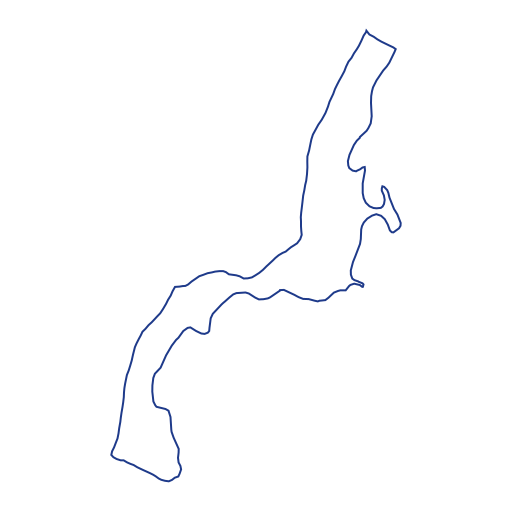 VI-6 Upper Canje/Corentyn, East Berbice-Corentyne, Guyana (Equal Earth projection)
{"feature_id": "73187651B40141145905740", "entity_name": "VI-6 Upper Canje/Corentyn", "entity_type": "district", "adm_level": 2, "iso_a3": "GUY", "parent_name": "Guyana", "parent_adm1": "East Berbice-Corentyne", "projection": "equal_earth", "projection_center": [-57.578, 5.103], "detail": "fine", "context": "isolated", "style": "outline", "palette": "blue", "viewbox_px": 512, "rotation_deg": 0, "n_neighbors": 0, "source": "geoboundaries", "source_scale": "gbopen_adm2", "svg_char_len": 3718}
<svg xmlns="http://www.w3.org/2000/svg" viewBox="0 0 512 512"><path d="M366.4,30.7L366.0,32.2L363.7,35.5L361.4,40.7L358.9,45.8L356.9,49.1L354.0,53.3L351.5,57.9L348.5,61.6L346.1,66.6L344.3,71.3L341.8,76.0L339.0,81.0L337.0,84.9L335.0,89.0L333.2,94.0L329.5,101.8L328.0,106.6L325.5,112.9L323.6,116.4L321.7,119.8L318.3,124.7L315.8,129.3L312.9,134.6L311.4,139.3L310.3,144.5L309.1,150.5L307.4,156.4L307.3,161.5L307.4,167.4L307.0,174.2L306.2,180.8L305.2,184.9L304.3,190.3L303.2,195.5L302.5,201.7L301.8,207.7L301.2,212.5L300.8,217.2L301.0,221.2L301.0,226.5L301.3,231.0L301.7,234.9L300.2,239.2L297.1,243.3L293.9,245.4L291.0,247.2L288.4,249.3L285.7,251.6L282.6,252.9L278.7,255.2L275.3,258.0L272.9,260.4L266.5,266.3L262.9,269.9L259.2,272.9L255.3,275.4L251.9,277.4L247.8,278.3L243.7,278.5L239.7,276.3L236.2,275.3L232.6,274.8L228.9,274.3L225.9,272.1L223.1,271.1L219.6,271.1L215.1,271.6L211.9,272.4L207.6,273.2L203.1,274.9L199.3,276.2L195.1,279.1L191.6,281.5L188.1,284.5L185.4,285.9L182.5,286.1L179.5,286.6L175.0,286.9L172.5,291.4L170.7,295.6L168.1,299.7L166.1,303.8L162.9,309.2L160.2,313.3L157.1,316.5L154.8,319.0L151.7,322.3L148.6,325.1L145.4,328.9L142.5,331.7L140.6,335.7L138.9,338.8L136.5,343.5L134.9,347.2L133.0,354.7L131.7,360.6L130.2,365.7L128.7,370.5L126.9,375.0L125.1,383.8L124.4,388.1L124.0,392.3L123.8,397.2L123.2,402.3L122.5,407.0L121.5,412.8L120.8,417.7L120.3,422.0L119.2,428.2L118.5,433.5L117.5,438.5L115.7,443.1L114.1,447.3L112.1,451.3L111.3,454.9L113.4,457.2L116.6,459.0L120.6,460.3L123.6,460.3L127.1,462.4L130.5,463.9L133.6,465.0L137.2,467.2L139.9,468.5L143.3,470.1L146.4,471.5L150.1,473.2L153.1,474.7L155.7,476.3L158.7,478.5L161.3,479.8L165.0,480.8L168.8,481.3L172.0,479.9L174.8,477.7L178.3,476.5L179.6,473.7L181.1,469.4L180.4,465.9L178.6,462.5L178.0,457.8L178.6,452.7L178.7,448.9L173.6,437.6L171.6,431.9L171.3,429.8L170.5,417.0L168.5,410.7L165.5,409.0L156.5,406.8L155.3,405.3L153.4,401.5L152.3,391.6L152.4,385.4L153.3,378.0L154.9,373.7L160.6,367.7L166.1,355.3L171.8,345.6L176.1,339.9L178.4,337.8L183.3,331.0L187.6,327.9L190.4,327.4L196.1,331.0L201.3,333.5L204.6,333.9L207.8,332.7L209.2,331.0L209.5,327.7L210.7,318.3L212.8,313.8L221.5,304.5L222.9,303.2L223.7,302.5L224.8,301.6L229.5,297.4L233.2,294.4L236.4,293.1L245.5,292.5L248.8,293.5L255.2,297.6L258.9,299.4L263.5,299.2L264.0,299.1L267.8,298.4L269.6,297.6L270.3,297.2L280.1,290.5L280.1,290.1L283.9,289.9L294.5,294.9L297.2,296.4L298.8,297.2L303.1,298.9L308.7,299.1L313.9,300.5L314.2,300.6L317.8,301.4L319.6,300.7L320.0,300.7L325.4,300.1L325.6,299.9L328.5,297.7L330.9,295.4L333.9,292.6L337.9,291.0L340.4,290.3L345.7,290.3L349.2,285.9L350.5,284.9L354.2,283.7L359.8,285.0L362.3,286.9L362.9,286.8L363.5,284.4L362.5,283.3L359.0,281.9L358.7,281.8L358.2,281.4L354.4,280.1L352.3,278.6L350.9,274.7L350.8,270.4L353.0,262.0L355.3,256.3L360.0,244.0L360.8,239.1L361.2,229.4L362.0,226.1L363.8,222.5L367.3,218.6L372.1,215.6L376.3,214.2L381.1,215.8L384.8,219.2L387.8,224.6L389.9,230.4L391.7,232.2L393.4,232.4L399.0,228.3L400.5,225.8L400.7,223.0L397.4,214.5L394.0,209.0L389.5,197.7L388.4,193.0L387.2,190.1L384.2,186.9L382.4,186.3L381.8,188.4L381.8,190.7L383.9,195.4L384.7,199.9L384.0,204.0L382.6,206.5L380.8,207.9L376.5,208.3L373.5,208.0L369.5,206.3L365.8,202.7L363.7,198.2L362.7,193.1L362.7,183.4L365.0,170.5L364.7,167.0L362.5,167.5L360.1,169.3L357.2,170.6L356.1,171.3L352.6,170.6L349.3,168.1L348.3,165.5L347.9,161.1L349.5,154.8L353.9,145.0L356.8,140.7L359.8,137.8L359.9,137.0L366.6,130.8L368.3,128.2L370.7,123.4L371.7,116.3L371.0,102.8L371.2,96.0L372.0,91.2L373.0,87.4L376.5,80.4L383.2,70.5L386.7,66.5L389.3,62.7L394.5,52.0L395.7,49.1L393.3,47.4L389.3,45.5L386.0,43.9L381.3,41.6L377.3,39.3L373.8,36.8L369.4,34.5L366.4,30.7Z" fill="none" stroke="#1e3a8a" stroke-width="2"/></svg>